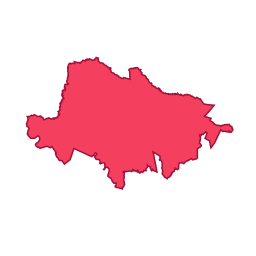 the district of Rosario, Chihuahua, Mexico, rotated 203°
{"feature_id": "50627088B90128924011430", "entity_name": "Rosario", "entity_type": "district", "adm_level": 2, "iso_a3": "MEX", "parent_name": "Mexico", "parent_adm1": "Chihuahua", "projection": "mercator", "projection_center": [-106.293, 27.279], "detail": "fine", "context": "isolated", "style": "filled", "palette": "rose", "viewbox_px": 256, "rotation_deg": 203, "n_neighbors": 0, "source": "geoboundaries", "source_scale": "gbopen_adm2", "svg_char_len": 5869}
<svg xmlns="http://www.w3.org/2000/svg" viewBox="0 0 256 256"><g transform="rotate(203 128 128)"><path d="M64.1,180.5L67.8,179.8L73.5,183.4L73.0,182.5L76.7,183.1L77.6,181.5L81.2,182.4L82.3,181.8L82.7,182.3L83.9,182.5L86.0,182.0L86.2,181.7L86.8,182.0L87.7,181.6L88.3,180.7L89.0,180.6L89.5,179.9L89.4,179.5L91.2,179.3L92.4,179.7L92.3,178.9L92.9,178.6L94.9,178.7L95.9,179.4L96.1,178.2L97.3,178.2L97.1,177.5L97.3,177.2L98.0,177.3L98.5,177.8L99.5,177.0L100.5,177.0L100.5,176.1L101.0,176.3L102.0,175.5L102.6,175.8L103.6,174.8L104.1,175.5L106.2,174.4L106.7,174.5L107.0,174.9L108.9,173.8L109.7,174.4L110.4,174.0L111.8,175.0L112.4,174.6L112.4,175.3L112.8,175.6L113.7,175.2L114.0,176.4L114.3,176.6L115.1,175.7L115.6,176.6L116.3,175.8L117.5,175.7L118.7,176.5L120.0,176.2L120.5,176.7L122.3,176.4L123.9,178.5L124.8,177.9L126.1,178.3L127.5,179.4L128.0,180.3L130.8,181.1L131.1,181.9L132.5,182.7L133.3,182.9L134.1,182.4L135.7,182.9L136.4,182.7L136.9,183.2L136.8,184.3L139.2,185.4L139.1,186.7L140.6,186.2L142.8,187.3L145.0,186.2L145.0,185.6L145.9,185.6L146.3,184.6L147.5,184.5L147.6,184.1L148.7,184.0L149.9,182.4L149.9,181.7L148.9,181.2L145.1,173.6L151.6,172.8L151.7,171.8L152.4,171.3L156.4,171.5L156.9,172.1L157.7,172.0L158.3,172.4L158.8,172.0L159.4,172.3L161.3,172.1L162.6,173.0L163.7,172.7L165.6,172.9L166.0,174.0L167.6,174.9L166.9,175.5L167.3,176.5L170.0,175.9L170.2,176.3L171.8,176.5L172.3,177.0L174.5,176.7L175.0,177.4L176.3,177.5L176.6,177.9L178.8,177.1L179.6,177.2L182.1,178.6L182.5,180.7L184.9,180.5L184.8,179.5L185.5,178.5L185.3,177.5L185.9,177.3L186.0,177.0L187.7,176.5L188.8,176.7L189.6,176.3L190.3,176.7L190.8,175.5L191.5,175.8L192.4,175.5L192.2,175.1L192.6,174.9L192.4,174.6L192.8,174.2L193.3,174.5L193.6,174.0L193.7,173.5L193.3,173.3L193.4,172.9L195.3,173.0L196.1,172.5L196.5,170.8L197.0,170.4L197.2,169.0L198.0,168.9L198.8,169.3L199.7,168.5L203.4,168.1L202.3,166.5L204.7,165.8L205.5,164.7L206.8,165.0L207.5,163.4L207.2,160.2L206.6,160.0L206.7,159.2L206.1,158.5L206.2,158.0L205.6,157.2L205.6,156.6L204.4,155.2L204.4,154.3L203.8,153.8L203.6,152.6L203.2,152.4L203.5,152.0L203.1,151.6L203.4,150.5L202.5,148.8L202.8,147.2L201.3,145.4L200.2,145.3L200.5,144.4L202.9,143.7L203.0,142.7L202.3,141.8L202.6,140.9L201.8,140.6L201.8,139.8L201.2,139.9L201.0,139.2L200.5,138.9L200.6,137.9L201.0,137.7L202.1,138.0L202.9,136.7L202.3,136.1L202.5,135.6L202.0,135.3L202.1,134.3L201.6,134.2L202.0,133.5L201.8,132.5L201.4,132.6L201.2,131.9L200.6,132.2L200.6,131.7L200.1,131.3L200.1,130.8L198.8,130.5L198.5,130.0L199.1,129.8L199.1,129.4L199.7,128.8L199.2,128.4L199.8,127.8L199.8,126.4L199.1,126.2L199.0,125.7L199.8,125.6L199.8,125.3L199.3,125.0L200.3,124.2L199.8,123.4L199.2,123.2L199.3,122.8L198.6,121.5L199.0,121.5L199.3,120.9L197.6,118.1L198.0,117.9L198.1,116.7L198.8,115.8L198.0,115.5L197.4,114.4L196.4,114.1L196.6,113.6L197.2,113.4L196.5,113.0L197.0,112.6L196.9,111.5L197.4,110.9L197.0,109.9L198.5,109.3L198.7,108.7L199.4,108.5L199.3,107.9L199.7,107.1L200.8,107.9L201.3,107.0L202.9,106.0L203.6,106.4L204.9,106.4L205.5,105.6L206.4,105.2L208.3,102.9L209.0,102.8L210.6,104.4L211.9,104.2L212.9,104.9L213.6,104.8L214.3,103.9L215.8,103.3L219.5,103.7L220.6,101.9L221.9,102.0L222.7,100.4L225.2,99.2L224.4,98.6L223.2,96.3L223.1,92.2L221.9,90.9L222.0,90.4L221.6,90.0L219.9,89.7L218.9,88.8L219.0,86.8L218.4,83.2L217.3,82.9L217.1,82.1L213.6,80.6L210.5,81.7L209.6,82.5L208.3,85.0L207.5,85.8L205.5,84.5L204.8,83.1L205.0,80.2L206.4,78.2L206.7,76.6L205.6,75.6L203.9,75.0L202.6,75.3L202.0,75.0L200.8,75.1L195.7,79.4L193.8,79.6L192.8,79.3L191.5,79.7L190.9,81.2L184.4,77.2L185.0,76.8L184.9,76.3L182.4,73.6L180.2,72.8L179.7,71.9L178.4,71.3L176.1,72.2L172.4,69.9L168.9,76.2L169.8,88.0L150.1,87.5L149.9,88.4L148.5,89.9L148.8,91.8L148.4,92.3L147.6,92.4L146.6,91.8L146.5,91.1L147.2,89.8L147.4,88.4L145.5,86.9L144.9,86.7L142.6,87.5L141.5,87.4L140.5,86.1L140.2,84.6L139.5,84.2L137.5,86.2L136.4,86.6L135.6,86.3L134.1,83.5L133.7,81.1L134.4,80.5L134.3,80.2L133.4,80.5L133.4,82.5L132.3,83.6L131.7,83.8L129.4,82.9L128.5,81.2L128.1,76.8L127.6,75.7L123.6,74.8L121.7,72.8L119.3,71.6L118.2,72.4L117.1,72.5L116.6,70.5L117.2,69.7L116.7,68.8L115.5,68.7L112.9,69.5L111.8,69.3L110.3,70.0L109.5,69.6L109.6,71.9L109.2,72.1L109.2,75.0L111.8,78.8L112.2,81.4L113.2,82.6L113.1,83.6L113.9,84.7L113.9,85.2L115.2,85.6L114.6,86.8L114.1,86.4L112.8,87.0L109.7,89.2L107.9,89.2L107.2,90.0L107.3,90.6L106.9,91.0L107.1,91.7L106.4,91.5L105.7,90.8L105.1,91.6L103.5,91.1L102.7,92.9L102.0,92.6L101.5,91.1L100.7,91.5L99.5,91.1L99.3,92.0L98.6,92.5L98.4,93.1L97.1,93.0L97.1,93.5L96.5,94.5L96.8,95.1L94.6,95.9L95.5,96.6L94.8,99.8L95.5,101.2L94.6,100.7L92.3,101.1L92.0,99.9L90.8,99.1L90.3,98.2L89.6,97.8L89.2,98.2L89.4,99.3L89.2,99.6L87.8,98.8L84.1,98.8L95.5,115.8L87.6,114.6L86.4,112.2L86.8,111.5L86.6,110.9L86.1,110.6L84.9,111.2L83.2,109.7L81.4,105.7L81.4,104.5L79.4,102.4L78.6,99.2L74.6,96.9L73.4,97.0L72.2,96.6L72.3,97.3L71.5,98.4L70.8,98.9L70.7,99.8L70.0,100.6L70.3,100.9L69.9,101.2L70.1,102.3L69.6,103.0L70.3,103.4L69.8,105.0L69.4,105.0L68.6,106.1L68.9,108.0L68.3,108.5L68.8,109.4L66.3,109.0L65.5,110.3L67.2,114.7L66.8,116.3L65.3,116.6L65.0,117.3L62.7,116.9L61.5,120.2L59.9,121.3L59.8,122.0L59.1,122.5L58.5,123.6L57.9,124.0L57.7,124.6L55.8,124.0L52.5,126.8L52.5,127.9L56.1,136.0L53.7,139.2L53.6,140.3L54.0,141.0L56.4,142.2L56.6,144.3L57.0,144.4L56.8,145.5L57.8,148.2L59.1,148.7L59.2,150.0L57.6,150.0L57.3,151.4L56.3,151.5L56.1,152.5L55.6,153.1L54.9,154.9L53.2,154.1L53.0,148.5L48.0,148.1L43.9,142.1L42.5,147.9L41.9,162.6L39.4,161.7L38.7,162.4L36.9,163.0L34.9,163.2L33.8,164.7L33.2,163.7L31.2,164.6L30.8,167.6L31.8,168.2L33.0,169.9L34.7,169.8L36.1,170.8L37.5,170.3L38.0,169.7L39.1,169.6L40.1,168.6L40.7,168.6L41.2,167.7L42.4,167.3L42.8,166.9L43.0,165.9L44.6,166.2L47.4,165.2L49.7,165.3L50.5,165.8L51.0,165.5L52.0,166.4L55.4,166.9L55.3,169.3L62.2,168.6L59.6,175.7L57.6,182.6L64.1,180.5Z" fill="#f43f5e" stroke="#9f1239" stroke-width="1.5"/></g></svg>